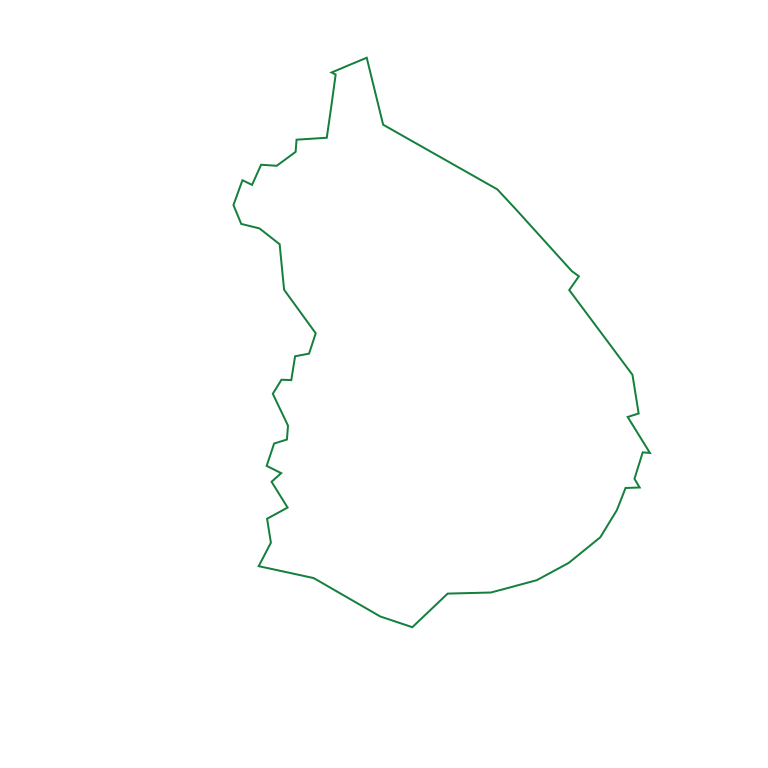 Fentress, Tennessee, United States of America (Mercator projection), rotated 136°
{"feature_id": "52423323B70969793356502", "entity_name": "Fentress", "entity_type": "district", "adm_level": 2, "iso_a3": "USA", "parent_name": "United States of America", "parent_adm1": "Tennessee", "projection": "mercator", "projection_center": [-84.916, 36.357], "detail": "fine", "context": "isolated", "style": "outline", "palette": "green", "viewbox_px": 768, "rotation_deg": 136, "n_neighbors": 0, "source": "geoboundaries", "source_scale": "gbopen_adm2", "svg_char_len": 850}
<svg xmlns="http://www.w3.org/2000/svg" viewBox="0 0 768 768"><g transform="rotate(136 384 384)"><path d="M561.7,368.3L575.6,348.4L600.7,340.0L569.4,293.2L548.2,219.4L532.6,189.4L483.8,189.0L452.0,159.8L410.5,136.8L375.4,127.0L334.9,123.5L304.1,131.5L282.5,141.4L272.0,132.0L269.7,141.8L245.4,155.1L240.6,149.7L231.6,191.0L221.3,185.9L198.9,218.0L185.5,322.9L169.0,326.1L170.5,334.7L167.8,417.6L167.3,445.3L204.5,571.1L169.8,630.7L187.9,637.8L205.3,644.5L203.8,640.2L228.7,620.6L254.1,600.9L277.2,620.5L286.3,612.4L309.6,615.5L320.1,627.1L340.6,618.9L344.3,628.9L368.0,617.3L375.5,598.3L365.5,582.4L362.0,557.0L390.4,521.2L397.9,467.9L416.8,457.9L428.7,465.7L448.0,451.2L454.8,458.3L470.8,454.2L482.0,420.7L492.4,411.5L504.4,417.5L525.3,406.6L519.9,391.3L532.8,391.8L539.2,362.1L561.7,368.3Z" fill="none" stroke="#15803d" stroke-width="2"/></g></svg>